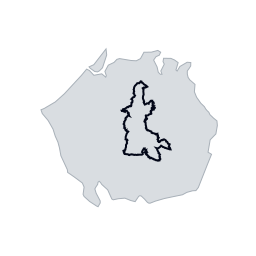 location of Tonkolili, Northern, Sierra Leone, rotated 112°
{"feature_id": "65957751B39959109464342", "entity_name": "Tonkolili", "entity_type": "district", "adm_level": 2, "iso_a3": "SLE", "parent_name": "Sierra Leone", "parent_adm1": "Northern", "projection": "mercator", "projection_center": [-11.945, 8.764], "detail": "fine", "context": "in_parent", "style": "outline", "palette": "ink", "viewbox_px": 256, "rotation_deg": 112, "n_neighbors": 0, "source": "geoboundaries", "source_scale": "gbopen_adm2", "svg_char_len": 7100}
<svg xmlns="http://www.w3.org/2000/svg" viewBox="0 0 256 256"><g transform="rotate(112 128 128)"><path d="M212.2,126.3L212.1,128.0L210.5,136.1L207.9,143.1L206.3,144.8L199.2,146.6L196.1,149.7L193.5,159.6L191.8,167.3L189.4,168.6L178.9,179.8L172.1,184.1L167.3,187.7L162.8,192.4L157.1,197.1L151.0,204.8L146.7,212.9L143.7,215.5L141.5,213.2L131.1,205.2L120.1,199.8L96.7,190.9L88.9,188.4L89.2,185.2L91.9,179.4L87.6,172.6L89.2,167.7L87.6,167.7L84.2,170.6L77.1,169.8L72.4,165.5L68.5,164.0L66.8,161.8L64.3,150.6L62.6,145.5L59.0,142.4L51.8,141.6L48.9,134.7L44.9,129.4L45.5,126.1L48.8,126.3L51.3,128.7L55.4,129.7L60.5,123.9L65.0,120.8L66.1,118.1L65.5,116.6L62.8,118.9L55.2,118.3L53.3,120.4L50.0,121.1L47.4,114.3L47.5,110.4L48.6,106.0L56.2,105.3L56.8,103.8L51.5,102.9L44.9,97.8L43.8,94.3L47.0,93.1L50.2,93.7L52.9,94.4L55.8,93.2L58.6,91.2L60.2,88.8L62.5,82.2L69.6,80.0L73.8,75.9L77.8,69.7L79.6,65.2L81.3,63.0L82.3,61.1L83.1,59.0L84.9,57.1L86.8,52.4L88.1,48.2L92.2,46.1L100.6,44.3L108.2,47.4L120.5,44.7L121.1,40.7L132.4,40.7L145.7,40.6L156.8,40.5L160.6,41.6L162.0,44.6L165.6,49.3L169.5,52.5L174.2,59.6L179.7,67.8L185.6,75.3L189.4,79.3L189.9,80.7L189.6,82.3L187.7,86.1L186.1,90.2L186.3,91.7L187.4,92.5L193.6,93.8L194.2,98.3L194.2,104.6L197.2,110.5L200.1,114.8L199.9,116.4L192.9,123.7L190.2,131.1L188.8,133.1L188.2,134.8L189.6,135.5L191.6,135.0L194.3,135.6L196.9,135.9L200.3,133.2L206.0,126.5L207.9,125.7L212.2,126.3ZM86.7,185.6L85.9,187.0L82.1,183.4L62.9,178.0L68.3,175.1L81.7,174.2L85.7,175.9L87.4,177.3L88.1,180.0L86.7,185.6Z" fill="#d9dde1" stroke="#a8b0b8" stroke-width="1"/><path d="M79.9,132.9L79.9,133.3L80.0,133.7L80.4,133.8L80.7,133.6L81.2,133.8L81.7,134.4L82.3,134.4L83.0,136.2L84.3,136.5L86.1,137.3L87.3,137.5L88.7,137.4L89.4,137.1L90.2,137.2L90.8,136.6L91.5,136.3L91.7,136.0L92.3,135.9L92.7,136.1L93.5,135.8L93.9,135.8L94.2,134.9L95.3,134.1L95.4,133.7L96.0,133.9L96.4,133.7L96.8,133.8L97.9,135.0L99.3,135.2L99.4,135.5L99.6,135.5L99.8,135.6L99.8,135.2L100.0,135.1L100.2,134.8L101.0,134.0L102.3,133.7L102.4,133.9L103.2,134.3L103.9,133.8L104.1,133.8L104.6,133.9L105.7,133.4L106.5,133.3L106.8,133.5L106.6,134.0L106.9,134.5L107.3,135.1L108.2,135.3L108.6,135.6L108.5,136.1L108.7,136.5L109.7,136.9L110.6,137.6L111.5,138.1L111.9,138.9L112.6,139.0L113.0,139.3L112.9,139.6L114.0,139.6L114.3,140.3L114.5,140.1L114.1,139.4L114.3,138.5L113.9,137.6L114.2,137.4L114.2,136.9L113.8,137.0L113.6,137.2L113.1,137.1L112.4,135.7L113.6,134.1L113.7,133.1L114.2,132.8L114.1,133.3L114.2,133.5L114.6,133.5L114.8,132.8L115.7,132.6L116.3,131.6L116.3,132.4L116.5,132.6L117.4,133.1L118.2,133.2L118.4,133.4L118.6,133.4L118.9,133.6L119.0,133.5L119.4,133.8L119.7,133.8L120.0,134.0L120.4,133.8L120.5,133.6L120.9,133.3L121.2,133.4L121.8,133.4L122.2,133.6L122.8,133.6L123.7,133.9L124.6,133.3L125.8,133.6L126.2,133.4L126.4,132.7L127.1,132.1L127.6,132.0L127.8,132.1L128.4,131.5L128.8,131.4L129.2,131.5L129.2,131.2L129.4,131.3L129.5,131.1L129.5,130.8L130.2,130.0L130.6,129.8L130.9,129.1L130.7,128.9L131.1,128.9L131.2,128.5L131.2,128.3L131.4,128.1L131.3,127.3L131.1,127.0L131.3,126.4L132.3,126.8L133.7,127.1L137.2,126.8L138.9,126.1L139.5,126.0L139.5,125.9L139.2,125.8L139.3,125.2L139.1,124.4L139.6,123.9L140.0,124.1L140.8,124.1L141.7,123.7L142.3,123.2L144.5,123.5L146.4,122.7L147.8,122.7L148.6,122.4L149.1,122.5L149.3,122.4L149.6,122.6L150.4,122.7L150.5,123.1L150.4,123.3L150.7,123.6L150.8,123.7L151.2,123.4L151.3,123.0L151.6,122.9L151.6,122.6L152.0,122.7L152.2,122.3L152.4,122.4L152.9,122.1L153.1,121.8L153.1,121.3L153.3,121.2L153.0,120.1L152.9,119.8L152.6,118.7L152.4,118.4L152.5,117.4L152.7,117.2L152.5,116.4L151.9,116.2L151.0,114.7L151.1,114.4L150.7,113.5L150.8,113.1L150.6,112.0L150.4,111.7L150.2,111.6L150.0,111.2L150.0,110.8L149.8,110.0L149.4,109.5L149.3,108.9L148.9,108.7L148.9,108.2L148.1,106.7L147.9,105.9L147.3,104.9L146.6,104.5L145.2,105.3L145.1,105.5L145.0,106.0L143.2,106.0L141.8,105.6L141.1,105.7L140.8,105.0L141.2,105.0L141.2,104.5L141.7,104.0L141.8,103.3L142.0,103.3L141.8,103.1L142.1,103.1L142.4,102.6L142.5,102.2L142.8,102.1L143.0,101.8L143.1,102.1L143.6,101.7L143.7,101.8L143.7,102.2L144.1,102.1L144.1,102.3L144.4,102.4L144.5,102.6L144.9,101.1L145.0,101.0L145.2,101.3L145.5,101.5L145.7,101.2L145.9,100.3L146.0,99.5L146.3,99.4L146.5,99.0L146.4,98.9L146.6,98.0L146.7,97.7L146.9,97.9L147.3,97.9L147.2,97.3L147.4,97.2L147.4,96.7L147.7,96.3L147.4,96.1L147.5,95.7L146.9,95.1L147.0,94.6L147.2,94.3L147.2,93.5L147.1,93.3L147.4,92.9L147.4,92.3L147.2,92.2L147.4,91.5L147.2,90.7L147.4,90.0L147.2,89.8L147.2,88.5L147.0,87.8L146.8,87.7L146.5,87.1L146.3,87.3L146.1,86.8L145.7,86.6L145.3,86.9L144.8,86.5L144.6,86.7L144.4,86.6L144.0,87.0L143.5,87.7L143.0,87.8L142.8,88.0L142.6,87.8L142.1,88.3L141.8,88.4L141.7,88.5L141.0,88.7L140.6,88.5L140.2,89.4L139.7,89.7L139.8,90.3L139.1,90.6L137.8,92.2L136.3,93.5L136.0,94.1L135.9,93.3L135.6,92.6L134.6,91.8L133.6,91.2L132.0,90.7L132.2,89.8L132.2,89.5L132.5,88.7L132.4,88.6L132.4,87.6L132.6,86.2L132.4,86.0L132.4,84.1L132.2,82.6L132.2,81.5L131.9,80.6L130.5,81.9L130.1,83.2L127.5,83.3L127.5,85.2L127.0,85.6L126.6,85.8L126.1,86.6L126.3,87.5L125.4,88.2L125.2,88.7L125.0,90.2L125.4,91.0L126.2,91.1L126.4,91.4L126.4,92.0L126.6,92.4L127.4,92.9L128.1,93.0L129.3,93.6L129.4,93.9L129.1,94.0L129.1,94.8L128.8,94.7L128.5,94.8L128.4,95.3L128.2,95.4L127.9,95.9L127.4,96.0L127.3,96.4L126.6,96.2L126.1,95.5L126.2,96.0L125.9,95.9L125.5,95.9L125.5,96.1L125.7,96.5L125.2,97.2L125.0,97.3L124.5,97.0L123.7,97.4L123.3,97.8L123.7,98.1L123.4,98.6L122.9,98.6L122.4,98.7L122.8,99.3L122.9,99.6L123.3,99.8L123.1,100.1L123.4,100.3L123.2,101.7L123.3,102.5L123.5,102.9L123.6,104.0L123.3,104.0L123.1,104.6L122.6,105.0L122.8,105.3L122.6,106.0L122.7,106.6L122.5,106.9L122.7,108.2L122.6,108.6L122.9,109.1L122.7,109.6L122.4,109.5L122.4,110.2L121.9,110.5L121.6,111.1L121.2,111.0L121.0,111.4L120.7,111.3L119.2,112.2L118.8,112.6L116.3,113.8L116.1,114.7L115.9,115.2L115.5,115.3L115.1,115.1L114.7,115.1L114.7,114.8L114.6,114.7L114.2,115.3L113.8,115.2L113.9,114.7L113.7,114.6L113.2,114.6L112.8,114.9L112.6,114.4L112.8,114.0L112.6,113.8L112.0,113.9L111.9,114.5L112.1,115.0L111.6,115.1L110.9,115.5L110.4,115.6L110.1,116.1L109.9,116.2L109.7,116.2L109.1,114.6L108.5,113.9L107.5,113.6L106.2,111.8L106.0,111.7L105.7,111.9L105.0,112.8L104.6,112.8L104.4,112.5L104.2,112.5L103.8,112.8L103.8,113.3L103.5,113.3L102.4,112.6L101.6,111.5L101.4,111.9L101.5,112.6L101.3,113.1L101.0,113.4L100.6,113.5L100.4,113.1L100.9,112.8L100.9,111.8L101.2,111.4L100.8,111.1L100.6,111.2L100.0,111.6L99.7,111.3L99.5,110.7L99.1,110.7L98.9,111.0L98.7,111.9L98.0,112.8L98.6,113.2L98.4,113.6L98.1,113.7L97.4,113.0L97.4,113.5L96.4,114.3L95.8,114.5L95.2,114.2L95.0,113.7L94.6,114.1L94.7,114.5L94.2,115.2L94.4,115.8L93.7,115.9L94.0,116.8L94.3,117.1L95.4,117.5L96.0,117.6L96.7,118.1L97.8,117.9L97.9,119.4L98.3,120.0L99.3,120.4L99.9,121.2L99.6,121.4L99.3,122.2L98.2,122.8L98.1,123.1L97.6,122.9L97.3,123.0L95.2,125.1L94.2,125.6L92.7,126.0L91.2,126.0L88.1,127.6L86.2,128.1L86.0,128.9L85.6,129.3L84.5,128.5L84.2,127.4L83.9,127.4L83.7,127.2L83.5,126.5L82.5,125.6L81.9,127.0L81.5,129.7L80.8,130.9L80.7,132.5L80.5,132.8L79.9,132.9Z" fill="none" stroke="#020617" stroke-width="2"/></g></svg>